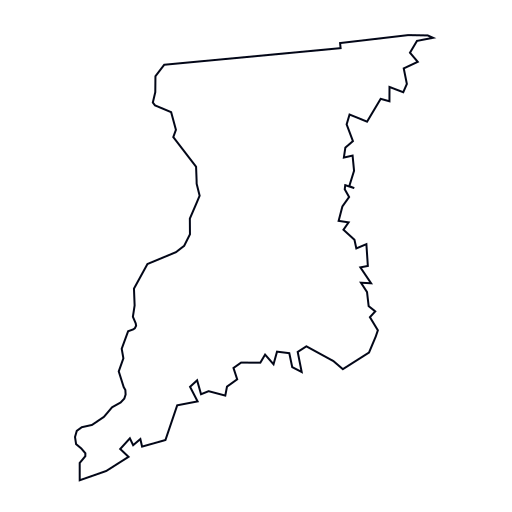 Knox, Indiana, United States of America (Equal Earth projection), rotated 353°
{"feature_id": "52423323B4798034374096", "entity_name": "Knox", "entity_type": "district", "adm_level": 2, "iso_a3": "USA", "parent_name": "United States of America", "parent_adm1": "Indiana", "projection": "equal_earth", "projection_center": [-87.444, 38.661], "detail": "fine", "context": "isolated", "style": "outline", "palette": "ink", "viewbox_px": 512, "rotation_deg": 353, "n_neighbors": 0, "source": "geoboundaries", "source_scale": "gbopen_adm2", "svg_char_len": 1625}
<svg xmlns="http://www.w3.org/2000/svg" viewBox="0 0 512 512"><g transform="rotate(353 256 256)"><path d="M111.4,331.7L111.9,341.4L105.7,353.8L108.7,370.0L110.0,373.1L109.7,377.6L107.9,381.5L103.8,384.9L94.7,388.6L85.5,397.1L72.6,403.7L62.2,404.7L56.8,407.7L54.3,413.6L54.5,420.8L59.1,425.7L62.6,431.0L62.2,433.9L55.8,439.9L53.7,457.1L81.2,451.1L105.0,439.8L97.7,431.0L108.6,421.6L111.0,428.8L118.9,423.6L119.7,431.3L143.7,427.6L159.6,394.6L180.3,393.2L174.6,377.8L182.4,372.2L184.6,386.5L192.5,384.4L208.5,390.8L211.3,382.1L222.3,376.1L220.0,364.4L228.2,360.0L247.3,362.4L253.0,355.0L260.2,365.6L265.2,353.5L277.2,356.5L278.4,370.7L287.2,376.7L285.7,356.3L295.0,351.8L320.1,369.8L328.4,378.9L356.4,365.6L365.0,350.6L367.9,344.6L361.6,330.6L367.6,325.5L361.7,319.5L361.8,305.3L356.9,295.3L366.9,297.1L358.2,280.0L365.8,279.5L367.0,257.7L356.5,260.7L355.7,251.9L346.0,240.6L352.0,233.9L342.3,231.2L347.8,217.3L355.6,208.8L352.2,200.6L353.2,196.6L361.8,200.6L357.1,198.0L363.7,183.4L364.1,168.1L355.2,169.0L357.9,159.3L366.2,153.8L362.0,136.4L366.1,127.0L382.6,136.2L398.9,115.2L407.3,118.7L409.1,104.5L422.1,111.4L426.7,103.6L425.5,87.8L440.2,83.0L433.6,73.0L442.0,62.1L458.3,61.0L453.3,58.0L434.0,55.3L365.4,54.9L365.3,60.0L188.2,55.0L178.1,65.3L176.0,81.1L172.3,91.1L174.1,94.2L184.1,99.9L189.3,102.9L191.9,121.0L188.4,127.9L207.4,160.1L206.3,173.2L205.9,177.1L207.4,189.3L203.1,196.8L194.9,210.8L193.1,226.4L185.9,237.2L183.3,238.7L177.1,242.4L147.3,250.7L130.9,273.5L129.5,290.3L126.4,301.3L128.4,308.2L128.5,310.6L126.9,313.0L125.1,313.9L119.9,315.1L111.4,331.7Z" fill="none" stroke="#020617" stroke-width="2"/></g></svg>